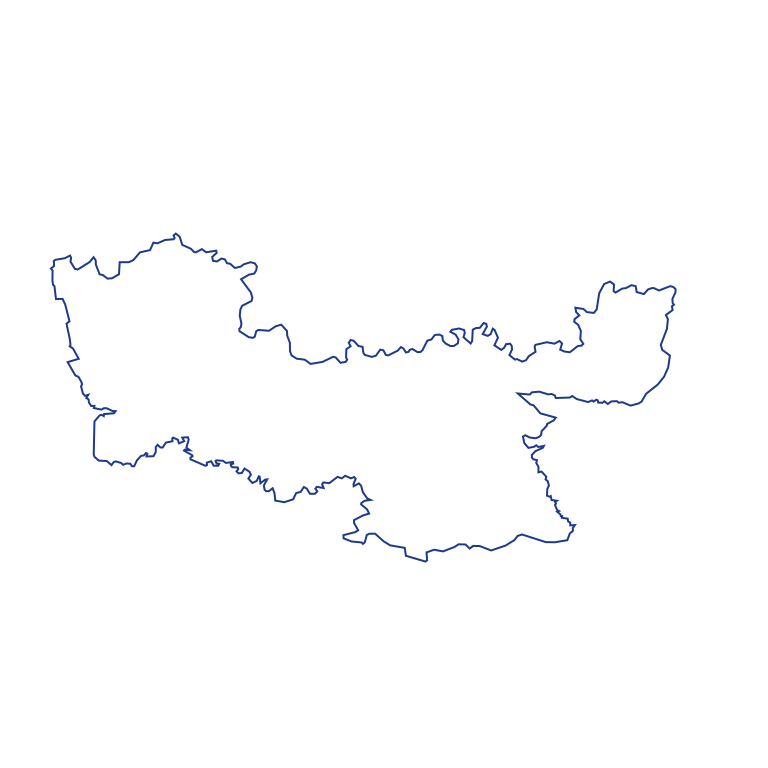 Buena Fe, Los Rios, Ecuador (Mercator projection), rotated 258°
{"feature_id": "8360857B33101813988560", "entity_name": "Buena Fe", "entity_type": "district", "adm_level": 2, "iso_a3": "ECU", "parent_name": "Ecuador", "parent_adm1": "Los Rios", "projection": "mercator", "projection_center": [-79.465, -0.75], "detail": "fine", "context": "isolated", "style": "outline", "palette": "blue", "viewbox_px": 768, "rotation_deg": 258, "n_neighbors": 0, "source": "geoboundaries", "source_scale": "gbopen_adm2", "svg_char_len": 6126}
<svg xmlns="http://www.w3.org/2000/svg" viewBox="0 0 768 768"><g transform="rotate(258 384 384)"><path d="M540.5,251.2L538.6,246.1L540.0,242.4L543.9,242.3L547.1,247.6L549.3,247.6L549.8,237.5L553.8,233.9L551.9,227.5L552.5,225.7L556.4,223.3L562.0,215.6L570.4,214.8L574.4,211.6L573.0,209.0L570.3,209.6L569.3,208.3L570.4,199.8L568.7,191.7L570.2,187.8L563.6,183.0L563.5,172.7L557.3,164.6L556.2,159.6L558.1,150.8L546.5,147.6L544.0,140.1L544.5,135.6L549.0,131.6L550.5,128.6L560.7,127.0L564.9,127.7L568.4,126.3L564.5,121.5L559.7,108.3L560.9,105.6L568.8,102.8L572.6,104.2L574.9,103.6L573.4,97.9L573.8,88.4L573.0,86.6L568.0,85.8L566.2,82.2L563.9,83.4L554.2,81.2L549.8,80.9L548.2,82.0L535.3,80.8L534.1,87.3L528.1,88.7L510.7,89.4L509.1,86.0L493.0,86.0L487.2,85.4L486.3,84.4L483.3,87.2L472.1,90.6L471.2,79.1L456.5,83.9L454.6,86.6L448.6,88.5L446.5,88.6L444.8,87.2L437.3,87.5L434.6,89.1L434.9,92.4L432.2,89.9L430.4,91.8L427.1,91.6L423.4,93.0L422.8,96.2L420.8,95.2L417.7,102.3L418.6,105.1L418.0,107.6L414.0,112.9L413.2,115.8L411.5,113.8L412.8,103.9L410.9,103.2L412.5,101.5L412.5,99.4L407.6,93.0L375.4,85.4L372.9,85.7L368.4,89.1L366.2,96.9L361.3,100.6L363.8,103.4L364.1,105.5L361.4,110.4L359.2,112.0L359.8,115.6L358.7,119.3L356.0,120.3L355.5,122.5L360.6,126.4L364.2,131.4L364.1,134.5L366.0,136.8L365.0,138.0L362.5,136.7L361.3,143.5L364.9,146.6L369.7,147.6L371.6,149.9L368.4,152.1L367.9,154.3L372.0,158.5L372.0,165.2L374.8,165.6L375.4,166.6L372.3,170.8L368.6,171.1L369.6,176.7L373.5,175.5L372.7,181.1L370.2,181.4L362.8,177.5L359.6,180.3L361.2,175.4L360.4,174.5L354.2,181.6L353.2,181.8L352.1,179.3L350.6,179.0L341.1,192.4L341.5,194.0L343.9,194.3L344.4,198.9L339.5,200.4L338.5,204.9L340.2,206.2L341.1,203.7L343.7,203.2L344.2,204.1L342.4,210.4L339.7,212.9L339.1,220.0L337.5,220.0L337.2,217.4L335.7,217.3L334.1,218.4L332.8,223.6L331.2,223.8L329.2,221.6L326.9,223.1L326.5,226.4L330.3,230.0L326.1,234.2L322.9,234.9L319.7,231.7L314.5,234.7L315.7,239.4L319.7,242.3L319.2,243.1L312.6,242.5L315.2,248.0L315.0,249.9L309.7,245.4L305.4,245.2L303.6,246.5L303.1,249.1L305.2,253.4L300.0,254.2L292.6,253.4L289.1,261.9L290.1,271.2L295.6,275.4L295.8,280.0L299.9,284.2L297.7,286.7L292.0,288.8L291.0,293.6L292.8,296.4L295.9,295.1L297.4,296.9L294.8,303.3L298.8,302.6L300.3,304.1L298.4,309.9L302.8,319.2L300.5,323.1L302.3,327.0L298.6,332.0L299.2,335.5L297.2,336.6L292.5,333.4L290.3,333.1L292.0,338.8L289.2,340.5L282.6,340.8L275.5,343.9L273.4,346.8L273.8,340.9L272.3,337.1L271.0,336.6L264.8,341.4L260.3,342.5L259.9,336.5L257.1,326.4L254.4,325.8L246.3,328.3L245.1,325.1L244.6,312.9L241.4,312.4L236.7,319.5L233.6,329.3L232.0,330.1L233.1,332.3L239.9,335.8L240.6,338.5L239.4,344.2L230.1,351.0L224.9,356.5L219.4,370.2L211.4,369.7L201.7,387.7L202.6,389.5L210.4,390.6L211.5,398.5L208.0,406.9L209.9,419.0L211.7,423.6L210.1,430.3L205.2,433.6L207.1,437.5L205.6,443.9L198.9,454.2L200.7,469.4L204.3,479.3L207.6,483.0L208.1,487.7L195.7,509.4L193.7,518.1L193.1,530.8L199.3,534.8L201.0,538.2L203.8,538.7L206.3,541.4L207.0,536.8L209.7,537.3L211.4,535.5L214.1,535.7L216.1,530.2L217.7,530.8L218.0,529.5L219.8,529.4L223.1,526.8L223.4,528.7L224.8,527.1L230.1,526.1L231.3,527.4L233.1,526.8L233.9,528.8L235.7,523.8L239.7,523.8L239.3,522.5L240.9,520.2L247.4,521.9L250.3,524.2L255.0,523.9L257.1,522.2L259.5,523.5L265.6,519.9L265.5,516.7L271.0,517.9L275.1,516.5L277.7,517.8L279.4,514.3L281.3,513.4L283.8,513.8L286.8,518.1L288.5,526.0L290.2,527.5L290.3,521.8L292.4,520.2L291.4,517.8L291.5,512.0L297.0,509.0L303.7,509.0L304.5,511.5L301.3,515.5L299.4,521.1L300.0,524.7L301.5,527.1L305.0,528.3L309.3,534.5L311.0,535.2L313.1,542.4L315.4,545.0L322.8,530.8L332.0,525.9L333.6,522.9L346.9,512.9L343.4,524.3L345.1,527.0L344.2,534.3L339.7,542.5L339.4,545.8L337.3,548.7L334.6,549.1L332.1,563.0L333.1,565.6L329.2,569.4L323.9,579.9L324.7,584.1L323.2,585.3L324.5,588.4L323.6,589.7L321.3,589.6L320.2,593.9L321.3,595.9L317.9,598.8L319.7,602.7L318.8,608.2L316.9,609.7L316.6,613.4L311.6,620.7L312.1,629.4L313.3,632.3L319.9,638.3L326.5,651.6L332.9,659.5L341.1,665.4L352.4,669.6L359.6,663.2L364.7,662.9L379.1,672.2L388.4,675.2L392.9,674.1L396.3,681.7L400.2,681.8L401.3,684.1L403.4,683.2L407.2,683.8L413.2,688.2L416.3,688.9L418.7,687.2L420.2,684.2L418.3,672.4L421.8,667.8L422.1,665.7L421.6,661.9L417.9,656.9L421.4,650.3L427.4,650.5L429.2,646.6L427.5,640.5L427.8,636.9L425.3,629.4L427.1,627.9L433.5,629.7L437.2,626.4L436.0,620.1L427.9,613.3L412.8,607.6L409.9,604.1L412.1,597.5L415.9,594.7L418.8,587.1L414.4,586.9L410.5,589.3L407.8,583.9L405.3,583.0L401.6,586.2L395.0,587.6L387.0,585.3L381.8,587.3L380.5,585.2L380.8,581.4L376.4,572.4L378.3,567.1L381.0,563.5L386.6,566.6L389.6,564.6L388.0,559.2L391.0,551.9L390.8,540.3L389.2,539.1L384.0,538.9L381.1,531.4L377.7,527.8L377.2,523.8L380.7,519.3L380.7,517.1L386.2,512.7L391.3,516.5L394.9,516.8L397.2,515.7L397.6,511.7L394.4,509.0L393.0,505.8L398.9,500.0L405.6,505.1L413.9,503.4L415.5,501.9L410.6,498.7L409.5,495.5L412.3,490.9L418.8,496.6L421.6,496.5L422.9,494.1L419.0,489.4L419.6,485.7L418.7,482.1L407.8,479.2L405.6,477.2L413.2,471.5L417.4,473.7L420.2,473.5L422.7,468.9L422.9,461.6L421.3,459.8L417.3,464.4L412.2,466.1L408.4,464.7L406.7,460.3L407.3,456.9L410.8,452.7L414.3,450.6L418.8,451.0L420.7,448.6L421.3,445.5L421.1,443.5L417.7,439.6L417.4,435.4L409.1,428.7L407.7,426.3L408.2,423.4L412.3,419.1L412.1,416.3L410.3,414.6L410.3,412.0L414.7,410.4L416.6,408.2L413.8,404.4L411.1,394.1L412.1,391.8L417.1,390.4L418.4,387.5L413.4,382.0L413.0,377.9L416.4,371.3L418.9,370.3L424.8,370.8L426.5,366.9L432.6,363.3L434.0,360.5L431.6,358.1L427.9,359.2L425.8,354.4L417.8,352.4L415.4,353.0L413.6,351.1L413.8,345.8L420.0,342.3L421.2,339.9L418.4,328.5L418.9,316.4L424.3,311.5L426.9,303.9L431.2,299.5L435.8,298.9L443.8,300.5L451.3,299.4L456.1,300.1L463.4,295.8L463.0,290.2L460.0,282.6L463.0,272.2L462.1,269.9L457.2,267.5L456.4,265.3L457.9,261.5L465.6,253.7L467.9,253.8L469.6,255.9L472.8,257.1L480.7,257.1L486.7,259.0L490.0,261.5L492.7,271.7L495.7,273.2L501.2,272.8L516.2,266.0L519.0,274.6L519.0,280.0L521.7,282.6L525.5,284.1L528.9,282.7L530.9,278.8L530.2,271.6L528.6,268.4L528.5,262.3L533.6,258.5L534.8,255.5L538.9,254.3L540.5,251.2Z" fill="none" stroke="#1e3a8a" stroke-width="2"/></g></svg>